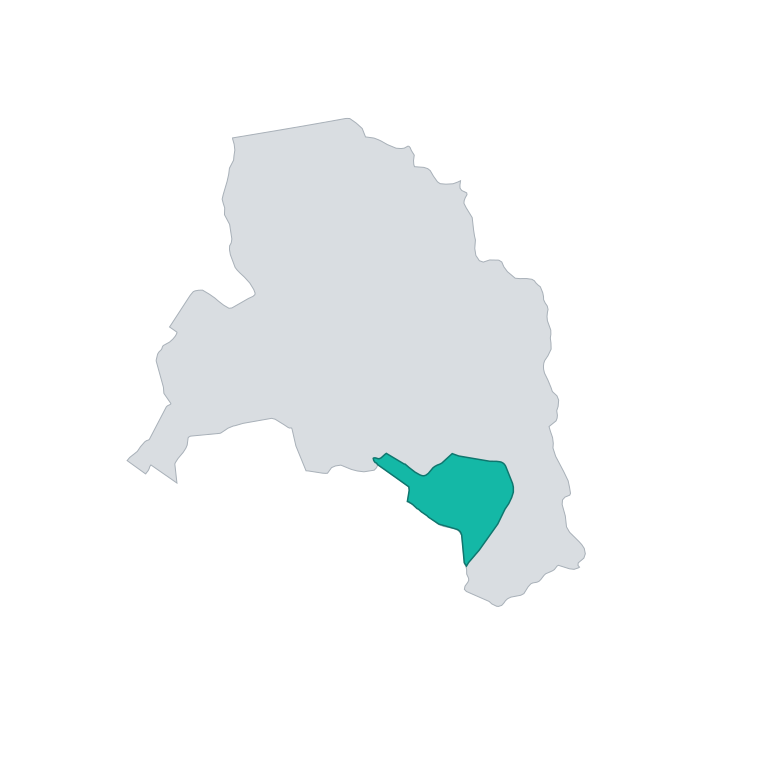 Northern Bahr el Ghazal on a map of South Sudan (Mercator projection), rotated 215°
{"feature_id": "SDS-147", "entity_name": "Northern Bahr el Ghazal", "entity_type": "State", "adm_level": 1, "iso_a3": "SSD", "parent_name": "South Sudan", "parent_adm1": "", "projection": "mercator", "projection_center": [27.804, 8.898], "detail": "fine", "context": "in_parent", "style": "filled", "palette": "teal", "viewbox_px": 768, "rotation_deg": 215, "n_neighbors": 0, "source": "natural_earth", "source_scale": "10m", "svg_char_len": 4901}
<svg xmlns="http://www.w3.org/2000/svg" viewBox="0 0 768 768"><g transform="rotate(215 384 384)"><path d="M587.6,559.5L568.1,579.1L566.7,580.3L564.3,581.8L556.5,581.8L548.4,580.8L540.9,575.8L533.3,579.7L528.5,580.9L525.6,581.4L518.8,582.0L509.3,584.1L505.0,586.7L502.7,588.8L500.8,592.6L499.8,593.0L498.1,592.6L495.6,591.0L490.5,588.8L488.0,584.0L485.6,581.0L483.7,579.5L475.6,584.3L471.7,585.5L468.5,585.3L462.7,582.6L456.2,580.3L452.9,580.3L447.9,583.2L442.3,587.6L439.3,591.9L437.9,594.4L435.9,590.5L434.0,588.0L431.3,587.1L425.9,588.0L424.6,586.7L424.3,583.3L423.5,580.2L422.2,577.9L418.0,575.6L407.2,570.9L399.0,561.6L394.8,557.2L391.7,554.4L387.4,547.1L382.5,542.0L376.6,539.7L372.6,540.8L368.6,546.2L361.0,551.3L357.5,551.5L353.0,548.7L347.3,546.8L337.2,545.9L333.1,548.3L327.6,552.2L322.9,554.6L320.1,554.8L317.4,553.9L314.3,553.4L311.7,553.3L306.3,549.8L303.5,547.1L301.6,544.6L298.6,542.9L295.0,541.5L292.4,539.2L291.2,536.4L289.2,532.8L286.5,529.6L278.3,523.8L275.8,520.4L274.1,517.0L270.7,513.3L267.1,508.4L265.9,501.1L265.8,495.3L265.0,492.6L263.5,489.9L261.7,487.6L258.8,485.0L252.1,481.3L245.2,476.9L241.8,474.4L235.5,473.5L231.7,471.0L228.5,465.5L227.2,461.2L224.0,457.8L222.6,455.3L221.9,452.5L224.4,443.8L220.7,440.8L215.2,436.8L211.3,432.5L208.9,428.5L201.9,423.2L186.5,415.3L177.6,410.3L172.8,405.8L168.5,401.4L168.1,399.5L170.9,395.1L171.3,391.5L169.0,387.5L159.8,379.9L152.5,371.6L146.9,369.0L133.5,366.7L129.7,365.8L125.7,364.2L121.7,360.4L120.4,356.0L122.3,348.9L121.1,346.7L118.8,346.1L119.4,344.7L122.0,341.2L126.1,339.0L137.2,335.5L137.8,334.1L138.0,329.7L138.9,327.5L142.7,321.3L143.2,318.9L143.4,313.7L143.9,311.2L145.0,309.4L148.0,306.4L149.1,304.5L149.6,300.5L149.2,292.5L150.8,289.4L157.8,282.2L159.6,279.0L160.2,276.1L160.2,273.1L160.6,270.2L162.7,267.4L164.4,266.5L169.6,265.7L173.1,266.2L197.5,261.3L200.4,261.9L201.7,264.9L201.6,269.5L202.0,271.8L203.3,273.4L207.2,275.7L209.9,279.4L211.3,280.7L215.3,283.3L233.5,304.6L238.6,306.6L243.6,305.9L253.5,301.5L258.4,300.3L293.0,301.6L296.9,300.9L297.1,301.0L302.4,311.7L304.9,314.1L342.8,314.2L342.1,311.2L342.6,307.8L349.3,301.3L350.2,300.5L356.1,297.4L361.8,295.3L372.8,292.8L376.8,289.0L379.0,285.4L379.1,278.5L380.6,277.3L383.2,275.7L395.9,269.5L398.1,268.2L420.6,282.7L433.2,294.1L434.0,294.7L434.6,294.9L435.3,294.5L435.8,293.9L437.4,293.4L442.8,293.3L453.0,292.7L456.4,291.4L476.9,270.9L482.1,264.4L483.4,263.1L486.4,258.4L489.5,250.4L490.1,249.5L512.6,230.3L513.4,228.8L513.6,227.6L510.2,221.1L509.5,217.8L509.3,212.8L510.0,204.9L509.8,199.9L509.5,198.6L509.3,198.3L496.8,184.1L528.5,184.0L528.5,182.2L528.4,181.6L527.8,179.9L527.5,177.7L527.5,176.4L527.7,175.3L527.7,174.6L527.6,174.0L527.6,173.8L527.7,173.6L550.5,173.9L550.2,177.9L547.4,187.3L547.5,193.0L546.8,199.4L546.1,201.3L544.9,202.9L544.5,203.7L544.5,204.4L549.2,240.4L548.9,241.9L547.6,244.2L547.3,244.9L547.2,245.5L547.7,245.9L558.2,249.8L558.7,250.0L559.1,250.3L562.9,254.9L583.6,272.0L584.3,272.9L586.4,278.2L586.6,279.0L586.7,280.3L586.7,281.3L586.1,284.5L586.3,285.9L586.7,286.9L586.9,288.0L586.9,288.3L586.8,289.1L583.7,295.3L582.7,299.7L582.4,303.4L582.6,305.5L582.9,306.9L583.2,307.5L583.5,307.7L592.4,307.7L592.4,309.7L593.5,342.0L593.6,345.6L593.2,350.2L592.2,351.9L589.6,354.5L586.5,356.8L578.4,357.4L571.8,357.4L567.0,356.9L560.5,356.6L554.4,357.1L552.2,359.1L544.1,376.3L541.6,380.6L541.0,383.1L541.7,384.5L544.9,386.7L551.8,389.7L559.7,391.5L565.6,392.3L569.7,393.1L572.8,394.1L584.0,401.8L587.6,405.4L589.7,408.6L590.1,412.0L591.8,415.5L602.0,426.2L611.8,431.2L615.5,436.9L619.2,439.7L622.6,442.6L624.4,447.1L628.7,459.9L631.5,466.7L634.4,472.2L635.6,481.1L637.9,485.1L640.3,490.0L644.2,494.4L648.4,497.8L649.2,498.7L606.8,540.4L587.6,559.5Z" fill="#d9dde1" stroke="#a8b0b8" stroke-width="1"/><path d="M297.5,301.2L302.4,311.4L304.7,314.0L323.7,314.2L342.7,314.3L342.8,314.3L343.5,314.5L343.8,314.5L344.2,314.7L344.5,314.9L344.8,314.9L345.1,314.9L345.5,314.8L345.8,314.7L346.2,314.6L346.6,314.7L347.0,314.9L347.5,315.0L347.9,315.2L348.7,315.6L349.1,315.9L349.8,316.6L350.2,316.9L350.2,317.1L350.0,317.5L349.1,318.3L348.0,318.8L345.8,319.5L344.8,320.4L344.0,321.9L342.8,327.1L342.3,328.5L321.7,330.0L320.9,330.4L320.4,330.5L320.0,330.4L316.8,330.1L316.3,330.0L308.2,329.6L302.7,330.1L300.7,330.6L299.3,331.2L298.4,332.0L297.4,333.3L296.4,336.2L295.8,343.5L295.1,345.6L293.8,348.2L292.4,350.2L291.3,352.3L288.2,366.1L281.5,367.9L252.8,381.5L247.6,385.1L244.6,386.7L243.4,387.2L242.2,387.4L240.9,387.5L239.3,387.3L237.3,386.5L221.7,376.3L218.9,373.7L216.0,369.6L214.3,364.2L213.2,357.6L213.1,350.9L210.5,334.6L210.7,302.7L212.3,286.2L212.0,282.2L215.7,283.6L224.7,294.2L233.7,304.8L235.8,306.2L237.0,306.8L239.8,307.0L240.3,307.0L258.7,300.7L271.0,300.4L273.2,300.8L280.0,300.7L283.9,301.2L284.2,301.2L285.2,300.9L285.5,300.9L291.6,301.8L296.3,301.6L297.1,301.4L297.5,301.2Z" fill="#14b8a6" stroke="#0f766e" stroke-width="1.5"/></g></svg>